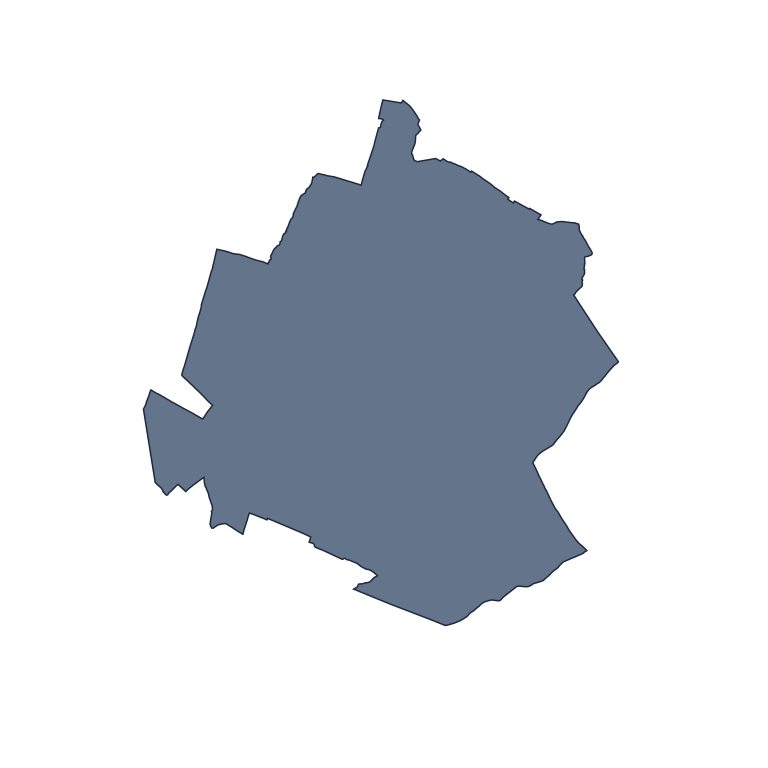 outline of Cozmesti, Iasi, Romania, rotated 241°
{"feature_id": "2599482B90266436678588", "entity_name": "Cozmesti", "entity_type": "district", "adm_level": 2, "iso_a3": "ROU", "parent_name": "Romania", "parent_adm1": "Iasi", "projection": "albers", "projection_center": [28.011, 46.872], "detail": "fine", "context": "isolated", "style": "filled", "palette": "slate", "viewbox_px": 768, "rotation_deg": 241, "n_neighbors": 0, "source": "geoboundaries", "source_scale": "gbopen_adm2", "svg_char_len": 6159}
<svg xmlns="http://www.w3.org/2000/svg" viewBox="0 0 768 768"><g transform="rotate(241 384 384)"><path d="M486.5,583.6L490.1,581.8L495.9,579.4L502.6,575.9L507.4,574.2L515.0,570.3L519.1,568.6L527.8,563.8L527.2,562.6L531.9,560.1L536.7,557.0L539.3,554.6L541.7,553.0L544.3,550.7L545.7,550.0L545.7,549.5L547.4,547.5L552.2,545.0L551.8,541.3L556.2,538.5L560.5,526.1L562.2,521.1L564.4,519.2L565.9,518.9L570.6,520.0L572.0,519.8L572.7,520.2L573.9,521.2L576.0,523.7L578.5,526.8L580.6,528.8L586.0,532.2L586.9,535.7L588.3,539.4L594.7,539.5L597.7,543.1L599.4,542.7L602.0,542.8L607.1,542.4L610.8,542.0L614.6,541.4L622.9,538.0L621.5,535.6L621.8,534.9L633.0,520.7L626.0,514.2L618.8,508.0L616.9,510.6L615.9,511.2L615.0,511.4L614.6,509.7L614.2,509.0L612.4,507.1L610.6,505.5L610.2,504.7L610.6,503.4L600.5,493.6L597.0,490.5L583.5,475.7L582.7,475.8L582.4,475.0L582.1,474.4L581.1,473.3L580.3,472.0L579.0,470.3L572.9,464.1L569.0,460.5L589.1,441.1L593.8,435.2L596.2,432.9L597.8,430.8L599.5,429.3L599.8,428.8L600.0,428.3L600.0,427.4L599.5,426.3L598.8,422.6L599.4,422.0L597.8,420.8L596.7,419.7L596.0,419.3L594.8,418.1L594.3,417.5L592.6,414.5L592.1,412.5L592.0,411.5L591.8,410.5L589.3,407.7L589.0,403.0L587.5,400.5L586.7,399.4L586.3,399.2L585.4,398.3L585.0,397.5L583.0,395.4L581.9,394.4L581.6,394.3L580.3,392.0L576.6,386.9L575.5,386.4L574.5,385.6L574.4,385.4L574.3,384.9L573.6,383.8L573.1,382.2L572.7,381.9L572.2,381.0L571.2,379.9L571.1,379.4L570.4,379.0L568.9,377.0L568.0,376.3L567.7,375.4L566.6,373.9L565.3,373.2L565.4,372.6L565.4,372.1L564.4,371.8L564.3,371.4L563.8,370.7L564.0,369.5L563.1,368.0L562.2,366.8L560.8,365.7L560.5,365.2L559.6,364.5L558.8,363.3L558.8,362.3L558.4,361.7L557.4,361.4L556.9,360.6L556.7,360.4L556.4,359.7L556.6,357.5L556.4,356.9L555.9,356.1L555.5,354.2L554.8,352.6L553.2,350.2L552.4,349.3L551.5,347.7L550.5,346.6L549.8,346.2L549.0,346.3L548.3,346.2L547.9,345.8L547.8,345.3L547.9,344.6L547.7,343.9L546.9,342.9L546.5,342.6L546.3,341.5L545.3,341.1L546.1,339.8L547.5,339.0L549.3,337.6L551.1,335.7L554.2,332.3L560.0,327.1L562.7,324.9L567.1,320.8L570.5,316.1L571.8,314.6L575.3,311.5L578.1,308.6L582.9,303.1L566.9,288.7L566.1,287.4L555.0,276.6L552.9,274.3L552.3,273.5L542.0,262.8L539.9,261.5L536.0,257.7L531.8,253.2L525.5,247.8L523.4,245.4L519.9,242.1L510.7,232.4L496.7,218.4L494.2,215.6L490.5,211.9L489.7,211.4L488.2,211.7L475.3,215.8L474.7,216.1L472.8,216.5L465.9,218.7L460.6,220.2L454.5,221.7L448.4,223.7L445.3,216.2L441.3,208.7L441.5,208.4L442.0,208.2L442.4,207.7L452.2,201.8L459.4,197.1L468.0,191.8L471.7,189.4L474.8,187.7L476.1,186.8L479.4,185.0L480.4,184.2L482.7,183.0L485.0,181.5L486.5,180.3L491.8,177.3L490.2,175.1L488.3,173.3L483.5,167.6L481.5,165.7L478.6,161.4L408.9,136.2L405.8,137.0L401.1,138.7L398.1,138.9L397.2,138.5L393.0,139.5L392.1,140.0L392.0,141.3L392.6,142.2L393.2,143.5L393.3,144.9L395.7,153.3L396.1,155.2L386.0,158.5L387.0,161.7L388.1,168.4L389.1,175.7L389.3,177.8L389.6,179.9L389.6,181.2L388.1,180.5L384.0,178.8L380.8,178.0L379.5,178.2L378.8,177.9L373.7,177.4L369.3,176.1L360.9,174.7L357.4,173.2L357.0,172.8L356.5,171.7L356.1,171.2L354.2,170.7L351.5,168.3L345.8,163.9L344.0,163.6L341.6,163.5L341.2,163.7L340.7,164.9L341.0,166.8L341.0,168.3L341.3,169.4L341.2,170.4L340.5,173.4L338.9,177.7L332.4,181.5L326.5,184.5L321.0,187.7L321.0,188.0L321.5,188.2L323.9,190.5L331.5,198.6L333.4,200.4L336.3,203.7L335.7,204.4L331.9,207.6L324.1,214.1L321.9,215.8L322.9,217.0L319.3,219.9L293.0,240.5L285.7,245.8L281.9,241.8L279.1,244.6L278.4,245.0L277.1,245.0L275.9,244.6L274.3,244.9L268.0,250.1L251.3,262.2L250.9,262.6L250.7,263.1L250.8,264.7L250.7,265.1L250.4,265.4L248.5,266.2L246.7,268.3L240.8,273.0L239.3,273.9L235.6,275.4L230.6,278.6L229.6,280.1L227.7,281.8L224.2,283.7L221.8,284.5L220.7,285.1L219.5,285.2L219.5,282.3L219.4,281.0L218.2,277.1L217.8,275.2L218.5,272.6L219.3,271.0L219.5,269.0L219.7,268.4L221.2,265.1L221.2,264.6L219.8,262.6L219.4,261.8L219.3,258.0L188.4,282.8L155.9,310.1L143.0,320.6L141.8,324.9L140.7,330.1L140.1,335.5L140.1,338.8L140.3,342.8L140.6,344.5L141.6,347.1L142.1,349.3L142.1,351.5L142.3,352.8L143.2,357.0L143.5,359.2L144.5,362.4L144.7,366.2L143.6,371.3L143.0,373.1L142.5,374.1L138.9,378.9L138.6,379.7L138.5,380.8L138.5,381.6L139.5,383.9L140.2,387.4L142.5,401.8L142.4,402.4L141.8,403.8L140.5,406.0L138.1,409.4L137.0,411.6L136.7,412.9L136.7,414.5L136.9,417.4L136.8,418.6L136.1,421.6L135.0,426.7L135.0,428.2L135.8,431.6L136.4,434.7L136.7,435.6L136.8,436.5L137.0,436.9L138.1,440.5L138.5,442.4L138.7,445.3L139.1,447.0L140.3,450.3L141.4,454.2L141.5,455.1L141.2,457.2L140.6,463.9L140.2,466.1L139.4,475.3L139.4,476.4L139.9,478.1L139.8,479.1L140.0,480.7L145.2,479.1L150.3,477.2L154.9,476.3L166.5,475.0L170.8,475.0L180.9,474.2L187.9,474.1L190.8,473.6L192.7,473.4L201.2,473.6L213.1,474.4L214.8,474.1L216.6,474.5L220.4,474.6L223.9,474.9L227.9,475.0L236.1,475.7L241.6,475.9L242.9,475.8L245.1,479.8L246.4,482.3L247.2,484.2L247.8,486.8L248.3,490.2L248.6,497.8L248.6,500.6L248.9,502.4L249.3,503.6L250.1,505.1L251.5,508.4L253.0,512.7L254.8,517.0L255.7,518.9L260.4,525.9L264.2,531.2L265.9,534.1L269.4,540.8L270.8,543.0L271.4,544.8L272.9,548.3L275.4,552.8L278.0,556.7L278.9,558.4L279.9,560.9L280.3,562.3L280.5,564.4L280.5,567.6L280.8,569.5L280.9,572.6L281.2,574.1L282.0,576.6L283.1,579.1L283.9,581.4L285.5,584.9L288.3,592.9L288.7,594.4L289.2,598.2L289.6,599.5L289.8,599.8L326.6,596.1L370.0,593.0L370.2,594.5L370.8,595.8L371.3,596.3L371.5,597.0L372.7,601.3L373.3,604.2L373.7,604.9L375.0,605.8L375.3,606.1L376.8,606.4L377.3,606.7L378.5,608.1L379.2,608.2L379.8,607.9L380.5,608.2L382.5,611.8L383.1,612.6L384.0,613.3L387.0,615.0L387.8,614.6L389.1,615.9L390.8,617.0L392.2,618.2L397.4,620.7L397.7,622.0L397.0,623.5L396.7,624.6L396.6,626.9L396.4,628.2L396.7,628.8L397.5,629.5L398.7,629.8L403.4,629.7L405.1,629.5L412.4,629.7L415.3,629.2L416.3,629.5L420.6,629.2L422.8,629.4L424.5,629.6L426.7,630.9L427.8,631.3L428.7,631.4L429.3,631.8L432.5,628.9L433.9,626.7L437.6,621.4L439.3,619.3L440.0,618.1L442.0,613.6L442.0,610.3L442.1,609.6L442.4,608.5L443.0,607.5L445.2,605.4L452.0,599.9L453.0,598.5L453.3,598.3L453.5,598.9L455.8,603.3L467.0,596.5L466.6,595.7L480.7,586.8L479.7,584.9L485.5,581.8L486.5,583.6Z" fill="#64748b" stroke="#1e293b" stroke-width="1.5"/></g></svg>